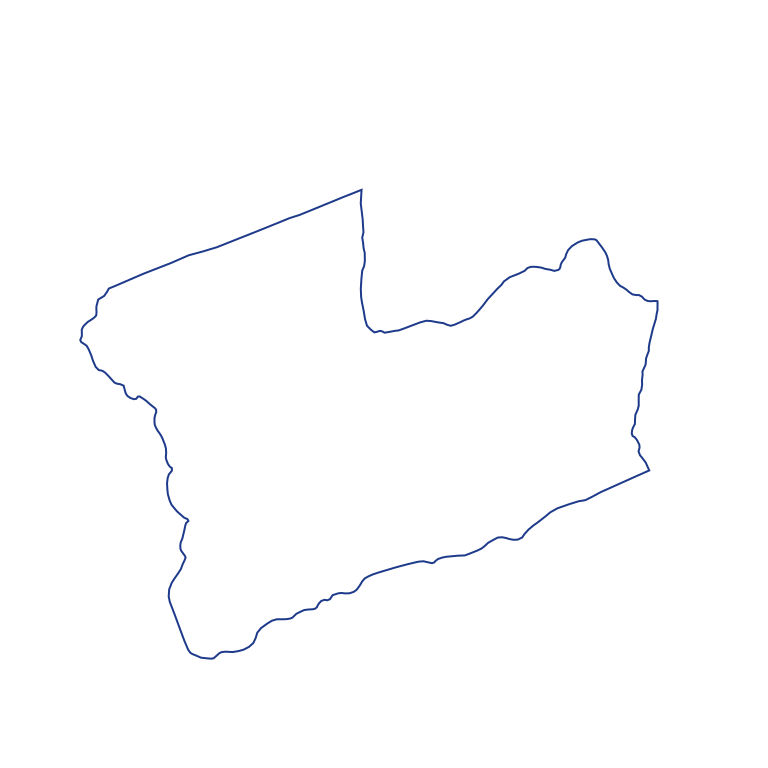 outline of Haut-Ntem, Wouleu-Ntem, Gabon, rotated 157°
{"feature_id": "22940354B67631152101375", "entity_name": "Haut-Ntem", "entity_type": "district", "adm_level": 2, "iso_a3": "GAB", "parent_name": "Gabon", "parent_adm1": "Wouleu-Ntem", "projection": "orthographic", "projection_center": [12.589, 1.764], "detail": "fine", "context": "isolated", "style": "outline", "palette": "blue", "viewbox_px": 768, "rotation_deg": 157, "n_neighbors": 0, "source": "geoboundaries", "source_scale": "gbopen_adm2", "svg_char_len": 4519}
<svg xmlns="http://www.w3.org/2000/svg" viewBox="0 0 768 768"><g transform="rotate(157 384 384)"><path d="M99.9,353.3L100.9,354.0L103.4,355.0L106.7,356.2L108.8,357.4L111.0,359.7L111.9,362.0L112.4,363.6L114.6,366.3L116.7,367.1L120.3,369.4L122.5,373.0L124.1,376.3L126.2,379.5L128.3,382.0L130.0,386.5L131.0,391.8L131.1,397.1L131.1,402.0L130.4,406.5L129.2,410.5L128.7,414.7L128.8,418.5L130.0,424.7L131.2,429.3L132.2,433.3L133.5,434.8L137.2,436.6L140.0,437.3L145.7,438.5L150.2,438.6L157.2,437.5L162.2,435.3L165.4,432.5L167.9,429.4L172.6,426.7L174.6,424.9L176.1,422.6L177.5,421.3L179.1,420.9L183.1,421.6L186.0,424.0L190.5,426.9L194.0,429.9L198.1,432.3L201.0,433.7L203.3,434.5L206.6,434.7L210.4,433.2L216.7,432.9L226.4,433.2L233.5,431.6L237.3,429.3L242.4,427.4L248.8,424.5L255.3,421.6L262.2,417.6L266.4,415.5L270.7,413.4L276.0,411.3L279.5,410.9L282.3,411.2L285.9,411.3L289.5,411.1L295.7,411.0L299.8,411.5L302.5,413.6L305.4,416.7L310.8,420.0L316.0,423.5L320.3,425.7L326.9,426.6L334.3,426.9L342.7,427.2L349.7,427.6L353.3,428.7L358.0,429.7L363.4,431.0L365.3,433.4L367.4,434.6L370.3,434.8L372.7,435.3L374.9,439.2L376.9,444.3L376.1,451.2L374.1,459.4L372.5,467.3L371.1,472.9L368.1,480.8L363.6,489.8L359.7,496.9L356.3,500.2L353.9,504.1L352.7,506.8L350.5,512.3L349.7,517.0L348.1,522.1L346.8,527.3L343.6,531.7L341.8,537.0L339.3,543.9L337.0,551.8L334.9,559.2L328.8,571.5L348.6,572.0L373.1,572.3L395.5,572.6L406.0,573.6L432.9,574.0L484.3,575.2L499.1,576.8L513.5,578.8L532.7,578.6L563.0,579.5L593.0,579.3L600.0,579.4L603.0,577.0L607.2,574.4L614.1,573.4L616.4,570.4L618.4,567.8L619.6,565.1L620.7,562.1L622.2,559.5L624.9,558.3L628.6,557.5L632.4,556.9L636.6,555.3L638.9,554.1L641.1,551.9L642.4,548.5L643.5,546.0L646.4,543.2L646.3,540.7L645.1,539.1L642.8,535.5L642.3,531.6L642.3,524.7L642.8,518.9L642.7,512.3L641.1,508.3L638.1,506.2L636.3,503.5L634.7,499.6L633.0,494.7L631.6,490.7L629.8,488.7L626.9,486.9L624.3,484.2L624.9,480.3L625.4,476.2L624.8,473.2L622.9,470.2L620.1,467.7L617.7,467.2L615.5,468.6L613.7,467.9L612.6,466.3L611.1,464.1L609.5,461.5L607.9,458.0L606.2,454.7L604.3,451.3L603.8,449.4L604.7,447.0L606.4,445.3L608.6,442.3L610.0,439.0L610.9,436.3L611.0,433.4L610.6,429.3L610.0,427.0L609.4,423.6L609.2,420.4L609.3,417.2L609.4,413.5L610.0,409.7L611.4,405.7L612.6,403.5L613.5,401.8L613.9,400.0L614.1,397.8L614.1,394.8L613.5,391.8L612.1,389.4L613.2,387.0L617.3,384.9L620.0,381.8L622.6,377.2L624.7,371.3L626.0,367.0L626.8,360.8L626.8,356.0L625.8,352.5L624.3,347.6L622.3,343.4L620.2,339.0L617.7,336.4L617.6,334.3L620.4,333.4L622.1,331.5L625.3,326.9L629.9,320.7L633.0,317.6L634.6,315.0L635.8,311.7L635.8,309.5L635.0,306.1L634.4,303.5L634.5,301.7L636.3,299.8L639.8,296.7L643.3,293.0L648.2,289.7L653.2,286.6L657.1,283.9L661.9,279.0L665.2,272.6L666.3,267.2L666.8,253.2L667.8,232.4L668.1,225.2L668.1,216.1L667.3,212.3L665.8,210.2L663.1,207.5L659.4,203.6L653.7,200.4L650.2,198.6L647.9,198.1L643.7,199.5L641.0,200.5L638.4,200.7L634.4,199.5L631.8,198.2L628.0,196.4L622.3,195.0L617.0,194.3L610.9,194.8L605.4,196.7L601.4,200.3L597.8,204.6L592.5,207.4L585.0,209.1L579.5,209.9L574.6,209.3L570.4,207.5L565.8,205.7L562.3,204.8L559.7,204.7L554.5,206.7L549.8,207.0L545.7,207.1L541.5,205.9L537.7,204.5L535.0,204.1L532.9,204.8L531.3,206.3L529.3,207.6L526.5,208.8L523.1,208.6L520.8,207.1L517.8,207.0L516.3,208.1L513.8,209.7L508.0,209.2L505.1,208.4L501.3,206.3L497.4,204.8L493.1,204.5L489.8,205.2L487.6,206.4L484.6,208.3L481.2,210.8L477.5,212.6L473.6,213.0L468.8,213.1L462.5,212.6L452.9,211.5L445.5,210.7L437.6,209.6L431.6,208.7L426.2,207.8L421.4,206.9L416.9,205.4L412.9,202.5L410.0,200.4L407.6,200.1L405.7,201.0L402.7,201.8L398.4,201.5L394.4,200.7L389.1,199.0L383.1,197.1L376.5,194.6L371.1,194.4L362.9,194.2L358.3,194.5L354.3,195.6L350.3,197.1L345.2,197.7L339.2,198.2L335.0,196.7L331.8,194.5L328.9,192.1L325.5,189.9L321.6,188.5L316.8,188.7L313.3,191.0L307.9,193.5L301.8,195.4L296.7,196.5L286.9,199.1L281.2,200.9L272.9,201.8L260.3,201.0L250.6,200.0L244.0,198.4L237.5,198.8L226.5,199.8L191.6,200.5L174.3,200.8L173.6,200.8L173.8,209.5L175.1,214.8L176.2,218.4L176.0,222.5L173.6,225.6L172.7,228.3L173.0,233.3L173.8,236.7L175.5,239.1L175.3,241.6L173.4,244.9L171.0,247.3L168.7,249.1L166.6,253.6L164.6,257.5L160.4,261.4L158.0,264.5L155.7,270.0L153.6,274.7L149.3,278.2L146.7,282.4L145.0,286.8L142.5,291.1L141.1,294.7L138.6,296.9L135.9,299.3L134.5,301.7L132.8,305.1L129.9,308.3L127.3,311.0L125.9,314.3L123.4,318.3L118.8,324.5L115.0,329.7L108.2,337.8L105.5,342.2L103.4,345.1L101.4,349.7L99.9,353.3L99.9,353.3Z" fill="none" stroke="#1e3a8a" stroke-width="2"/></g></svg>